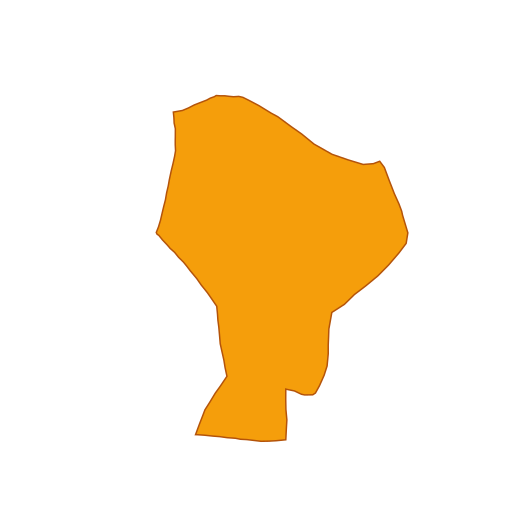 Al-Basrah, Al-Basrah, Iraq, rotated 53°
{"feature_id": "34846034B27642135170661", "entity_name": "Al-Basrah", "entity_type": "district", "adm_level": 2, "iso_a3": "IRQ", "parent_name": "Iraq", "parent_adm1": "Al-Basrah", "projection": "albers", "projection_center": [47.628, 30.554], "detail": "fine", "context": "isolated", "style": "filled", "palette": "amber", "viewbox_px": 512, "rotation_deg": 53, "n_neighbors": 0, "source": "geoboundaries", "source_scale": "gbopen_adm2", "svg_char_len": 1724}
<svg xmlns="http://www.w3.org/2000/svg" viewBox="0 0 512 512"><g transform="rotate(53 256 256)"><path d="M401.0,294.2L401.2,291.0L397.9,283.6L395.1,278.5L392.2,273.3L386.6,265.4L377.5,257.1L370.7,252.0L364.5,246.9L358.2,241.8L346.7,229.4L347.8,214.4L346.0,200.6L345.9,186.0L345.2,170.6L343.0,155.6L339.6,140.1L336.3,128.5L328.9,120.8L311.6,114.4L307.9,112.7L300.5,110.5L289.4,108.0L281.7,105.8L276.3,104.3L274.3,103.7L262.5,100.2L254.8,100.2L252.9,106.7L247.4,115.3L234.5,124.7L220.5,134.1L201.6,142.3L186.1,146.1L181.1,147.7L174.0,150.0L158.1,154.7L151.1,157.9L137.6,163.2L127.4,168.0L121.4,171.0L118.2,173.7L115.3,178.1L112.0,181.7L109.2,184.6L106.5,188.2L103.9,191.2L103.7,193.4L102.4,197.5L101.8,201.6L99.9,208.3L98.2,214.4L97.1,220.9L95.5,227.2L91.3,235.4L96.1,238.3L100.6,241.4L105.8,243.8L112.5,248.9L115.3,251.1L118.5,253.5L123.5,256.9L127.4,261.0L132.2,266.6L137.1,272.6L143.0,279.4L147.3,284.0L151.7,289.3L156.7,294.6L161.0,300.0L165.8,305.8L170.0,310.8L174.1,316.4L177.2,321.5L179.1,321.9L181.0,321.2L187.0,321.0L193.2,320.3L195.8,320.1L198.2,320.0L204.1,318.8L210.5,318.6L217.2,317.6L222.6,317.4L228.2,317.4L238.4,316.9L246.3,317.2L256.1,316.9L263.8,317.2L272.5,317.6L279.2,321.7L284.4,325.1L290.4,328.5L298.1,333.3L304.6,337.4L312.5,341.0L320.0,344.4L326.4,347.8L334.6,351.6L338.5,362.9L341.0,371.0L345.2,381.5L348.1,389.3L351.5,394.7L356.0,402.0L362.3,411.8L363.5,410.3L368.1,405.0L373.8,398.9L378.5,393.6L383.7,388.4L387.7,383.8L389.3,382.0L392.9,378.8L397.2,373.7L402.1,368.6L407.0,363.5L411.7,357.0L415.7,351.0L420.7,342.8L412.2,335.7L405.5,330.0L396.6,324.5L388.6,318.7L380.2,312.3L381.2,311.5L386.9,306.5L393.8,302.9L396.3,300.7L401.0,294.2Z" fill="#f59e0b" stroke="#b45309" stroke-width="1.5"/></g></svg>